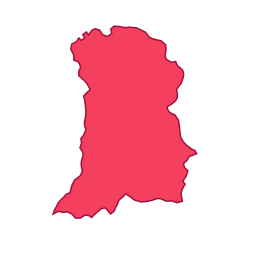 the district of Alambari, São Paulo, Brazil, rotated 282°
{"feature_id": "56859067B9588221424394", "entity_name": "Alambari", "entity_type": "district", "adm_level": 2, "iso_a3": "BRA", "parent_name": "Brazil", "parent_adm1": "São Paulo", "projection": "orthographic", "projection_center": [-47.872, -23.55], "detail": "fine", "context": "isolated", "style": "filled", "palette": "rose", "viewbox_px": 256, "rotation_deg": 282, "n_neighbors": 0, "source": "geoboundaries", "source_scale": "gbopen_adm2", "svg_char_len": 1788}
<svg xmlns="http://www.w3.org/2000/svg" viewBox="0 0 256 256"><g transform="rotate(282 128 128)"><path d="M227.0,109.0L225.5,103.7L225.4,97.7L224.7,93.2L221.3,90.6L217.1,92.4L213.3,88.9L214.0,83.5L217.8,80.1L218.3,75.4L216.3,72.5L210.9,70.1L213.3,67.4L210.0,64.4L207.0,67.0L204.0,63.9L205.8,61.3L201.8,59.6L198.2,55.5L193.3,55.6L188.4,59.6L183.1,60.9L182.6,65.2L180.1,67.7L176.9,69.0L173.3,68.1L169.0,69.0L166.6,73.2L163.8,77.7L160.5,80.8L157.4,83.1L155.0,81.0L150.0,78.0L145.9,80.0L140.9,81.7L134.5,83.7L129.0,84.2L124.2,84.2L121.0,85.2L117.6,87.3L111.5,86.0L107.9,84.2L103.4,85.7L98.7,85.1L95.7,88.1L92.8,89.7L89.7,89.6L86.1,89.3L81.8,90.0L76.1,92.4L71.1,91.1L66.3,86.7L60.5,85.1L56.5,84.8L52.7,84.8L50.4,81.3L47.5,79.9L43.9,77.3L39.9,75.2L36.6,74.5L33.1,73.2L28.3,72.6L32.1,77.4L32.0,82.6L33.4,86.0L32.2,91.0L29.0,95.3L30.0,100.2L33.7,103.8L34.4,107.3L32.9,111.0L37.0,113.6L40.5,116.3L43.6,118.6L45.1,122.7L40.3,128.8L43.8,131.7L48.1,132.5L51.3,133.5L54.9,133.9L57.5,135.5L60.3,137.8L63.2,139.2L61.0,144.9L58.9,149.2L58.4,156.4L60.2,162.1L62.7,167.3L65.3,171.7L65.5,175.5L64.4,180.4L65.8,186.2L65.1,191.4L67.7,196.4L71.2,195.0L75.2,193.4L79.3,193.8L85.0,195.5L87.2,192.7L93.4,195.0L98.8,195.4L100.9,191.6L104.7,189.6L108.3,192.3L112.7,193.8L117.2,200.5L119.8,198.1L120.8,194.2L123.6,188.4L126.0,184.9L129.7,181.6L133.3,180.2L142.1,177.3L145.9,175.9L150.6,171.0L151.2,167.7L152.7,164.3L156.6,161.6L160.8,166.0L164.5,168.8L167.9,169.9L171.1,169.3L175.6,167.5L179.6,169.1L182.9,170.8L189.2,171.5L192.5,171.2L195.7,169.5L197.6,166.8L199.0,163.6L202.9,160.8L201.3,156.7L203.3,151.0L206.3,149.3L210.4,149.1L213.6,148.7L217.4,147.3L220.1,142.4L220.2,137.5L220.4,133.3L221.3,129.9L225.3,125.2L226.7,119.8L227.7,115.5L227.0,109.0Z" fill="#f43f5e" stroke="#9f1239" stroke-width="1.5"/></g></svg>